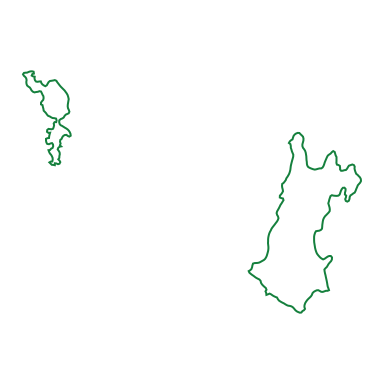 the district of Likoma, Likoma, Malawi
{"feature_id": "42251766B55477981037231", "entity_name": "Likoma", "entity_type": "district", "adm_level": 2, "iso_a3": "MWI", "parent_name": "Malawi", "parent_adm1": "Likoma", "projection": "natural_earth1", "projection_center": [34.694, -12.051], "detail": "fine", "context": "isolated", "style": "outline", "palette": "green", "viewbox_px": 384, "rotation_deg": 0, "n_neighbors": 0, "source": "geoboundaries", "source_scale": "gbopen_adm2", "svg_char_len": 5883}
<svg xmlns="http://www.w3.org/2000/svg" viewBox="0 0 384 384"><path d="M313.1,169.2L311.4,168.6L309.8,167.9L308.3,167.1L307.3,165.6L306.9,163.9L306.8,161.9L306.5,160.0L306.3,156.2L306.0,154.4L305.7,152.6L305.1,150.8L304.1,149.2L303.0,147.8L302.4,146.1L302.4,144.3L302.9,142.5L303.4,140.6L303.5,138.6L303.0,136.7L301.9,135.5L300.6,134.3L299.4,133.0L297.7,132.9L296.1,133.5L294.7,134.5L293.6,135.9L293.0,137.6L292.5,139.4L291.1,140.2L289.8,141.4L288.9,143.0L290.4,144.1L290.8,146.0L290.8,147.8L291.4,149.4L291.9,151.3L292.6,153.0L293.3,154.7L293.2,156.7L292.7,158.6L292.2,160.3L291.7,162.2L291.2,164.2L290.8,166.0L290.3,170.0L289.8,171.9L289.2,173.7L288.4,175.2L287.5,176.7L286.3,178.4L285.8,180.0L284.8,181.4L283.6,182.9L282.2,183.9L282.0,185.8L282.2,187.5L282.7,189.4L283.0,191.2L282.2,192.8L281.1,194.3L279.9,195.6L279.8,197.5L281.3,198.1L283.0,198.5L283.5,200.2L281.6,203.3L280.5,204.9L279.7,206.6L278.9,208.2L278.0,209.8L277.1,211.4L276.6,213.1L277.1,214.9L278.0,216.4L278.5,218.2L277.9,219.9L277.0,221.5L275.9,222.9L274.8,224.4L273.7,225.8L272.6,227.2L271.6,228.6L270.8,230.4L269.9,232.0L269.2,233.7L268.7,235.5L268.3,237.4L268.1,239.4L268.1,241.3L268.0,243.1L268.2,244.9L268.4,246.9L268.4,248.7L268.2,250.5L267.8,252.2L267.3,254.0L266.8,255.7L266.1,257.3L265.1,258.9L263.9,260.0L260.9,261.7L259.4,262.5L257.8,262.9L256.2,263.0L254.5,263.1L253.0,263.6L252.4,265.5L252.1,267.2L251.4,269.1L250.1,270.3L248.7,271.1L249.4,272.7L250.8,273.9L252.1,274.9L253.6,275.9L255.0,277.0L256.3,277.9L257.8,278.7L259.4,279.5L260.6,280.9L261.0,282.8L262.0,284.4L263.3,285.8L264.5,286.9L265.8,288.0L266.5,289.8L265.5,291.3L266.2,293.0L266.4,294.9L268.0,294.3L269.6,293.6L271.2,294.4L272.7,295.5L274.1,296.3L275.6,297.0L277.0,297.5L277.9,299.2L279.0,300.6L280.7,301.7L282.3,302.6L283.8,303.3L285.2,304.2L286.7,305.1L288.2,305.7L289.8,305.9L291.5,306.4L292.9,307.3L294.1,308.6L295.3,310.1L296.7,311.3L298.3,312.1L299.9,312.7L301.4,312.5L302.5,311.0L303.9,310.3L305.0,308.9L304.4,307.0L304.5,305.2L305.2,303.1L306.1,301.6L307.2,300.1L308.4,298.8L309.7,297.6L310.9,296.4L311.9,294.9L312.5,293.2L313.7,291.9L315.2,291.0L316.8,290.3L318.3,290.2L319.8,291.0L321.2,291.8L322.8,291.9L325.9,290.8L327.6,290.8L329.0,290.2L328.4,288.3L327.7,286.5L327.4,284.8L327.1,282.9L326.7,280.8L326.3,279.0L325.9,277.2L325.5,275.2L325.0,273.3L324.6,271.3L324.4,269.5L325.7,268.0L326.9,266.9L327.8,265.3L328.7,263.8L329.9,262.4L331.1,261.1L331.9,259.5L332.0,257.4L330.8,256.0L329.2,256.0L327.7,256.6L326.1,257.7L324.7,258.7L323.1,259.4L321.5,258.5L320.2,257.5L319.0,256.2L317.9,254.9L316.9,253.5L316.2,251.8L315.6,250.0L315.1,248.0L314.8,246.1L314.5,244.2L314.2,242.3L314.1,240.4L314.1,238.5L314.1,236.7L314.4,234.9L315.1,232.7L316.0,231.2L317.6,230.9L319.2,230.7L320.8,230.0L322.0,228.7L322.2,226.8L322.3,225.0L322.8,221.4L323.2,219.6L323.9,218.0L325.0,216.3L326.2,215.1L328.7,212.5L329.7,211.1L329.8,209.2L329.5,207.3L329.0,205.6L328.3,203.3L328.9,201.4L329.3,199.6L329.9,197.8L330.5,196.1L331.9,195.2L333.4,195.6L335.1,195.8L336.8,195.9L338.5,195.6L339.7,194.5L340.3,192.7L340.9,190.9L341.7,189.2L342.9,187.8L344.5,187.7L345.6,189.0L345.5,190.8L345.0,192.6L344.9,194.5L346.2,195.6L345.9,197.5L345.2,199.1L345.8,200.9L347.3,201.6L348.8,200.8L349.5,198.9L349.7,197.0L350.5,195.4L351.9,194.5L353.3,193.4L354.7,192.6L355.6,190.8L356.3,188.9L357.1,187.1L357.8,185.3L360.2,182.6L361.0,181.0L360.8,179.0L360.0,177.4L358.8,176.2L357.6,174.9L356.2,173.8L355.5,172.1L354.9,170.3L354.5,168.5L354.7,166.6L353.9,165.1L352.3,164.5L350.6,165.1L348.9,165.7L347.9,167.2L347.1,168.7L345.9,170.0L344.3,170.2L342.8,170.7L341.1,170.8L340.1,169.5L340.1,167.7L339.8,165.8L338.4,165.0L336.9,164.6L336.4,162.9L336.5,161.0L336.5,159.0L336.5,157.0L335.7,155.5L335.2,153.8L334.7,152.0L333.2,151.1L331.9,152.1L330.6,153.6L329.2,154.5L327.8,155.6L326.9,157.3L325.4,160.8L324.7,162.5L324.2,164.2L323.6,165.8L322.6,167.5L321.3,168.4L319.7,168.4L318.0,168.8L316.3,169.3L314.8,169.6L313.1,169.2ZM36.1,81.6L35.0,80.3L34.5,78.6L34.7,76.7L33.1,76.4L31.7,75.6L32.4,74.0L33.9,73.6L33.6,71.7L32.0,71.3L30.3,71.4L28.7,71.9L27.2,72.6L25.6,72.7L24.0,72.9L23.0,74.3L23.9,75.8L25.2,76.9L26.2,78.3L26.6,80.1L26.3,82.0L26.5,83.9L27.1,85.5L28.5,86.7L29.8,87.5L30.8,89.0L31.6,90.5L33.0,91.8L34.5,92.4L36.2,92.0L37.9,91.8L39.4,91.2L41.0,91.5L41.8,93.1L42.5,94.7L43.4,96.2L43.6,98.1L43.2,99.9L42.0,101.2L41.0,102.6L41.0,104.4L42.5,105.1L42.9,107.0L43.4,108.8L43.7,110.7L44.9,111.9L46.0,113.1L47.0,114.6L48.2,115.9L49.7,116.4L51.1,117.3L52.5,118.0L54.5,118.2L56.1,118.6L56.6,120.4L56.2,122.1L54.6,122.1L53.7,123.5L54.1,125.2L53.7,127.0L53.1,128.7L51.6,129.3L50.0,129.1L48.5,128.9L47.2,130.0L47.0,131.8L48.5,132.9L50.1,132.7L49.6,134.4L49.2,136.1L49.0,138.0L47.4,138.2L46.0,138.8L46.0,140.7L46.4,142.5L47.2,143.9L49.0,144.2L50.4,143.5L52.0,143.1L53.0,144.4L53.2,146.2L52.6,147.9L51.1,148.7L50.0,150.0L48.5,150.2L49.1,151.9L49.9,153.5L51.0,154.7L51.9,156.2L52.6,157.9L52.7,159.7L52.3,161.5L50.7,161.6L49.4,162.4L51.8,164.8L53.3,164.9L54.8,165.2L54.9,163.3L56.5,163.5L58.0,164.2L59.5,163.7L60.3,162.1L59.5,160.6L58.3,159.3L59.3,157.9L59.4,156.0L59.8,154.2L59.6,152.4L58.7,150.8L57.7,149.4L58.3,147.8L59.6,146.7L61.1,146.4L59.9,145.3L60.6,143.5L60.0,141.8L60.3,139.9L61.6,138.9L62.3,137.2L63.4,135.8L64.8,135.0L66.5,134.9L67.7,135.9L69.3,136.6L70.7,135.7L70.5,133.9L69.8,132.2L68.9,130.8L67.7,129.5L66.3,128.5L64.9,127.7L63.5,126.8L62.1,125.9L60.6,125.2L59.6,123.9L59.2,122.1L59.3,120.3L60.7,119.1L62.4,118.4L63.7,117.5L64.6,115.9L65.8,114.6L67.2,114.0L68.7,113.3L69.4,111.7L68.8,109.9L68.0,108.2L67.7,106.4L67.8,104.6L68.1,102.7L68.4,100.9L68.7,99.1L68.2,96.9L67.6,95.0L66.7,93.4L65.6,91.9L64.6,90.5L63.3,89.2L62.1,88.0L60.8,86.7L59.7,85.4L58.5,83.8L57.3,82.3L56.4,80.8L54.8,80.1L53.2,80.5L51.4,80.8L49.9,81.0L48.6,82.1L47.6,83.8L46.8,85.3L45.3,86.2L43.8,85.4L42.4,84.4L41.4,83.1L40.8,81.4L39.2,81.5L37.6,81.8L36.1,81.6Z" fill="none" stroke="#15803d" stroke-width="2"/></svg>